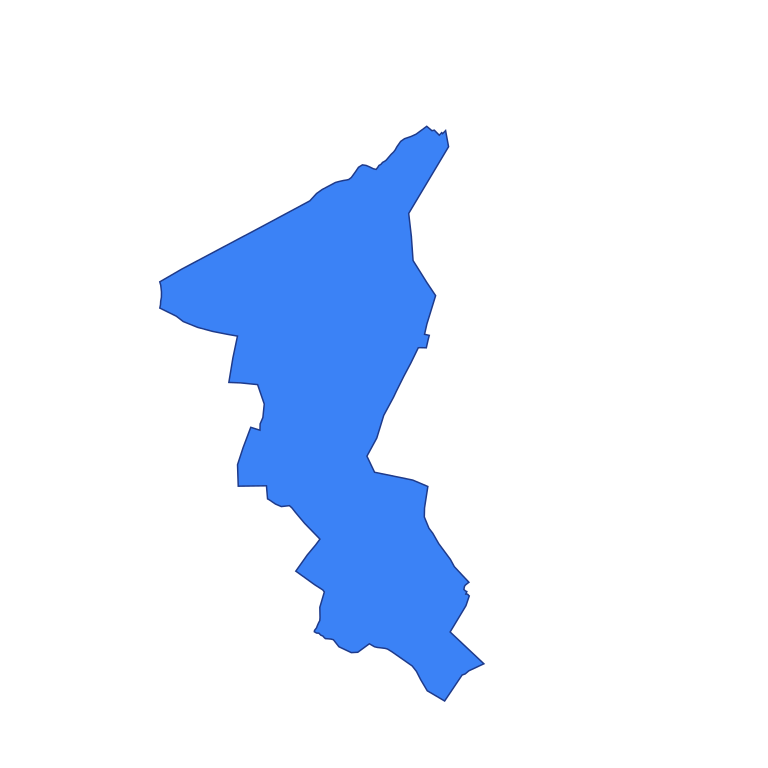 Roni, Jigawa, Nigeria (Natural Earth projection), rotated 215°
{"feature_id": "59680162B41504820717654", "entity_name": "Roni", "entity_type": "district", "adm_level": 2, "iso_a3": "NGA", "parent_name": "Nigeria", "parent_adm1": "Jigawa", "projection": "natural_earth1", "projection_center": [8.308, 12.563], "detail": "fine", "context": "isolated", "style": "filled", "palette": "blue", "viewbox_px": 768, "rotation_deg": 215, "n_neighbors": 0, "source": "geoboundaries", "source_scale": "gbopen_adm2", "svg_char_len": 2247}
<svg xmlns="http://www.w3.org/2000/svg" viewBox="0 0 768 768"><g transform="rotate(215 384 384)"><path d="M152.5,159.1L153.1,190.4L151.2,193.1L150.0,197.7L141.7,212.1L187.6,218.8L189.7,249.4L192.6,259.3L193.6,259.4L194.4,259.7L195.5,259.6L196.5,258.9L197.1,261.5L198.4,261.2L200.7,261.5L202.0,264.4L202.0,266.0L201.6,267.4L200.7,270.3L210.8,272.4L221.6,274.7L229.0,278.4L247.6,284.6L258.4,289.7L264.4,291.6L274.7,298.2L279.7,305.7L289.3,325.2L305.3,321.8L341.1,306.3L356.6,315.1L358.9,335.6L366.2,358.1L368.6,378.6L369.7,385.0L372.2,401.7L374.0,416.3L376.1,429.6L376.7,433.3L375.4,434.4L372.1,436.6L370.1,437.9L373.2,445.5L374.8,449.8L379.3,448.0L383.3,457.8L386.9,469.0L392.4,486.0L407.1,491.7L420.3,497.3L431.0,501.8L446.1,520.4L446.2,520.6L446.7,521.1L461.6,537.9L467.2,615.4L478.9,626.9L479.2,625.0L479.6,622.7L480.9,623.0L481.4,619.5L488.4,620.8L490.0,619.0L496.8,619.6L501.0,607.1L503.8,602.3L507.9,596.7L509.5,592.3L509.5,590.1L509.5,585.7L509.1,582.0L509.2,579.6L509.9,576.1L510.6,568.6L511.3,566.6L512.3,564.7L512.5,562.2L513.5,560.1L513.4,558.3L513.5,555.3L516.2,554.2L520.2,553.6L524.0,552.8L527.4,551.1L529.2,546.9L529.1,541.4L529.2,534.4L530.2,531.3L531.8,529.5L533.9,527.5L536.9,524.2L539.4,521.2L542.5,515.1L546.2,507.9L548.5,501.4L549.8,491.5L578.7,434.3L585.6,420.9L615.4,362.5L626.3,339.1L623.5,336.8L619.1,331.8L616.1,327.4L614.4,323.7L612.6,320.8L611.2,317.6L593.0,320.4L584.3,320.0L569.1,323.5L554.5,328.8L540.7,334.9L531.5,339.2L522.7,318.6L512.0,296.3L502.2,302.6L487.2,311.0L470.6,298.9L464.0,287.1L462.6,280.3L459.1,275.0L468.3,272.1L462.9,251.0L457.7,233.9L444.8,216.7L421.9,233.2L413.5,223.1L411.7,223.3L404.1,223.4L397.8,224.7L391.7,230.1L388.4,229.7L382.8,228.0L369.0,224.3L347.5,220.2L347.7,212.9L348.8,200.0L348.9,180.1L325.6,179.8L316.0,180.2L313.6,179.4L308.5,164.3L302.4,155.9L300.9,153.4L300.6,150.9L300.1,148.3L299.4,145.4L299.6,142.4L299.0,141.1L296.4,141.3L294.4,142.5L291.6,142.0L289.6,142.5L287.6,142.0L286.0,141.8L283.5,143.3L281.0,144.7L278.8,145.5L270.2,142.9L256.7,145.2L251.6,149.2L247.0,162.8L241.1,163.3L238.3,164.4L235.4,166.0L231.4,168.1L229.1,168.9L227.3,169.0L223.9,169.2L199.2,169.2L192.6,167.2L184.3,162.8L172.6,157.5L152.5,159.1Z" fill="#3b82f6" stroke="#1e3a8a" stroke-width="1.5"/></g></svg>